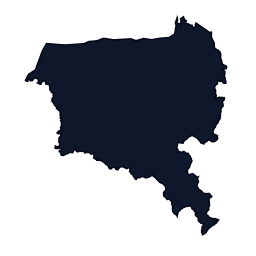 Amansie West, Ashanti, Ghana (orthographic projection), rotated 88°
{"feature_id": "2480657B59515552665793", "entity_name": "Amansie West", "entity_type": "district", "adm_level": 2, "iso_a3": "GHA", "parent_name": "Ghana", "parent_adm1": "Ashanti", "projection": "orthographic", "projection_center": [-1.803, 6.438], "detail": "fine", "context": "isolated", "style": "filled", "palette": "ink", "viewbox_px": 256, "rotation_deg": 88, "n_neighbors": 0, "source": "geoboundaries", "source_scale": "gbopen_adm2", "svg_char_len": 5756}
<svg xmlns="http://www.w3.org/2000/svg" viewBox="0 0 256 256"><g transform="rotate(88 128 128)"><path d="M139.0,38.8L137.8,40.5L137.7,41.6L137.1,42.4L135.5,43.3L134.0,43.2L131.0,41.6L130.2,40.8L129.2,40.5L127.0,39.2L126.1,38.1L124.0,37.4L123.2,36.5L122.1,35.8L120.5,35.4L119.1,35.7L118.4,35.0L117.3,35.4L116.6,35.0L114.1,34.4L112.0,34.6L109.3,32.1L105.1,32.6L104.5,32.4L103.3,30.9L101.8,30.5L101.1,30.6L101.3,31.4L100.7,32.3L100.8,34.2L100.4,35.6L100.9,37.4L101.8,38.8L101.9,39.9L98.8,38.6L96.2,39.4L93.5,39.1L90.8,40.2L88.1,39.1L87.6,38.5L87.5,37.6L86.8,37.1L83.2,36.7L84.7,34.6L84.4,32.7L86.6,30.8L86.7,28.9L86.1,28.5L77.8,30.0L77.6,29.3L74.6,29.3L74.0,30.7L72.6,30.9L72.1,27.8L70.5,27.2L69.7,27.6L67.8,30.9L66.9,31.7L63.7,32.2L61.2,33.1L57.8,32.7L55.2,33.5L53.4,35.1L52.6,36.9L51.2,38.5L49.6,39.0L46.4,38.8L40.7,41.3L39.5,41.5L35.9,41.3L35.0,41.6L35.8,42.5L35.6,42.8L25.5,56.4L27.3,57.1L29.1,57.1L30.1,58.3L29.3,59.8L27.6,60.4L27.3,62.2L25.9,64.5L25.8,66.0L23.9,66.7L22.9,66.0L21.9,67.9L21.3,67.6L19.8,68.5L18.8,68.7L20.7,71.6L22.4,71.3L25.8,71.5L25.3,72.0L25.6,74.0L24.5,75.3L21.9,74.8L21.3,75.0L20.7,74.7L19.3,75.0L24.7,77.0L27.2,76.3L35.7,78.1L39.1,83.9L39.4,92.5L40.6,101.4L39.1,109.2L41.0,117.0L39.0,122.0L39.4,139.5L37.5,149.2L39.8,156.2L40.2,164.0L42.2,169.1L42.9,187.9L40.8,206.5L48.0,210.9L66.6,218.5L70.9,225.5L76.7,228.8L77.6,227.9L77.8,226.6L76.1,226.3L75.2,227.1L75.0,226.7L76.0,225.8L76.8,224.4L77.5,223.8L76.9,223.0L77.4,222.2L76.8,221.3L75.5,220.6L74.5,219.0L75.3,218.2L75.5,215.7L76.8,216.2L77.1,215.9L76.8,215.4L77.3,215.0L78.8,215.2L79.3,217.0L79.9,217.0L79.9,216.0L80.9,215.2L81.2,213.7L80.9,213.2L78.9,212.7L78.8,211.8L77.8,210.7L77.9,209.5L81.5,208.3L81.3,206.2L82.5,205.0L83.3,205.0L83.9,204.5L84.4,204.8L85.1,204.5L86.8,204.9L87.7,204.1L89.2,203.5L89.9,202.9L90.5,201.0L91.4,201.6L94.5,201.5L95.6,202.6L97.0,203.1L97.8,202.8L98.6,203.1L98.8,202.3L99.3,201.7L99.8,202.1L101.5,200.9L102.2,200.9L102.4,200.3L104.0,199.5L104.4,198.5L105.0,198.4L105.9,198.7L106.0,197.9L106.9,197.9L107.0,197.6L106.2,196.9L106.2,196.5L107.1,196.9L107.9,196.7L108.1,196.4L107.9,195.7L108.4,196.0L109.1,195.2L109.6,195.5L110.9,194.8L111.1,195.2L112.1,195.4L112.7,195.0L113.5,195.4L114.9,194.8L116.0,195.3L116.3,194.3L117.0,193.7L118.0,195.1L118.8,194.9L119.1,193.9L120.1,194.4L120.6,194.1L121.8,194.6L122.7,194.3L123.1,194.6L123.9,194.5L125.4,195.4L126.1,195.0L127.9,195.4L128.8,197.6L129.4,197.9L130.3,199.0L131.2,198.5L131.0,197.5L131.5,195.8L132.9,195.3L134.6,196.3L134.9,196.9L135.4,196.8L136.4,197.4L139.7,197.6L139.7,196.9L143.4,196.9L143.8,197.2L144.2,199.8L144.2,200.3L143.5,201.1L144.3,201.2L145.0,201.8L145.7,201.5L146.1,199.7L145.9,196.3L146.6,195.0L147.1,194.9L148.0,195.5L148.0,197.1L148.9,197.6L149.4,197.5L149.7,196.6L151.5,194.9L151.8,195.1L151.9,195.9L152.3,196.0L152.7,195.8L153.1,194.7L153.2,193.1L152.5,192.4L151.5,189.1L151.1,188.8L150.3,186.3L150.8,184.4L150.1,183.7L149.3,183.6L148.9,183.0L147.5,182.3L147.2,180.7L148.1,180.3L148.9,180.8L150.1,179.2L149.8,177.9L149.0,177.0L149.8,175.5L149.7,173.6L150.7,172.2L151.4,172.0L151.4,171.3L150.8,169.8L151.2,168.2L151.1,167.5L153.0,165.7L152.5,164.5L152.3,162.6L153.2,163.1L155.5,162.9L156.5,163.3L157.3,162.9L158.2,160.8L159.2,160.4L159.0,159.1L159.4,158.2L159.3,157.0L160.3,154.9L163.0,151.7L163.8,151.2L164.2,149.8L165.3,149.4L165.5,148.5L166.6,148.7L167.5,148.3L168.4,147.0L168.3,146.4L167.0,145.0L166.8,143.9L167.2,142.2L167.9,141.6L168.5,141.8L168.8,141.6L169.4,140.3L169.4,139.5L167.5,138.2L166.6,137.1L166.6,134.4L168.6,130.5L167.5,128.7L168.4,127.6L169.7,127.3L171.2,127.9L171.7,127.9L172.3,127.2L173.9,126.4L175.2,124.7L176.6,124.2L179.6,122.2L179.7,121.7L177.8,120.2L178.1,119.0L178.0,118.0L176.8,115.1L178.3,112.6L178.4,111.3L177.9,109.2L175.9,105.1L177.2,104.3L178.5,102.5L183.6,98.0L184.6,95.5L187.3,92.9L190.8,92.1L191.6,92.4L192.6,93.9L194.3,94.8L196.2,94.7L197.4,94.4L197.9,94.2L198.4,93.0L200.7,91.4L200.8,91.1L200.3,90.0L200.3,89.6L202.4,87.6L202.7,86.7L205.7,86.9L208.3,86.0L209.4,86.4L212.7,86.3L215.0,84.9L216.6,82.7L217.8,82.0L217.0,82.0L215.4,81.2L214.1,81.0L212.8,79.9L212.3,79.1L210.9,78.2L210.9,77.6L209.4,75.5L208.4,72.2L208.0,67.8L208.8,67.7L209.6,67.1L210.7,67.0L212.6,64.8L214.6,63.7L216.0,63.5L216.8,63.8L218.2,63.3L219.6,61.3L220.7,60.9L222.5,61.1L222.8,60.8L223.7,60.6L224.8,59.2L225.5,58.8L225.6,57.9L227.2,55.7L228.6,56.5L229.1,57.2L231.9,57.6L232.7,58.0L235.4,57.9L236.6,57.2L237.2,57.3L237.0,56.3L236.2,55.6L236.2,54.9L235.3,53.8L231.3,51.0L230.8,49.9L230.0,49.4L229.7,48.5L228.6,47.5L227.9,45.4L227.1,44.7L226.4,43.5L223.0,40.6L222.4,41.8L221.4,45.2L221.8,46.0L220.0,50.1L218.1,51.3L217.5,52.6L216.5,53.2L216.3,52.8L213.6,51.7L212.6,50.0L210.3,50.3L208.4,49.2L203.6,49.5L201.0,49.2L200.3,48.6L200.5,47.8L199.3,46.6L197.3,48.5L196.4,48.7L196.2,49.2L196.4,51.1L195.9,55.1L193.6,56.6L191.9,59.2L190.9,59.8L188.9,60.9L187.4,61.1L186.0,60.3L185.4,60.4L184.3,59.4L183.3,59.5L182.9,60.3L182.0,60.0L180.1,60.1L179.3,59.6L179.7,60.9L178.5,61.7L175.9,64.9L177.0,69.3L176.7,69.6L174.2,70.0L173.6,70.4L172.5,70.4L169.6,68.1L167.4,67.3L166.5,67.2L165.9,66.6L163.5,65.4L162.7,65.3L161.6,65.9L161.2,65.8L159.7,66.3L158.3,67.0L156.7,68.3L155.5,68.6L155.2,70.8L153.5,72.8L153.4,73.8L154.2,74.7L154.2,75.5L153.0,78.3L152.6,78.7L150.9,79.1L150.2,79.7L148.7,79.8L144.2,78.5L144.3,77.4L144.8,76.3L144.5,75.6L145.1,74.3L145.1,73.5L143.1,72.6L142.7,71.8L142.0,71.3L141.8,70.6L141.0,70.3L140.7,69.1L138.8,67.6L138.7,66.3L137.7,64.8L137.7,63.7L138.6,62.5L138.9,61.6L140.0,60.4L140.6,58.7L141.8,58.4L143.0,57.1L144.1,56.5L144.6,55.9L145.4,55.7L146.5,53.1L146.4,52.4L145.8,52.3L144.3,50.7L144.3,49.7L143.2,49.0L142.8,48.4L142.9,47.1L144.6,44.6L144.4,43.9L144.8,42.6L143.3,40.0L142.0,38.8L140.1,39.1L139.0,38.8Z" fill="#0f172a" stroke="#020617" stroke-width="1.5"/></g></svg>